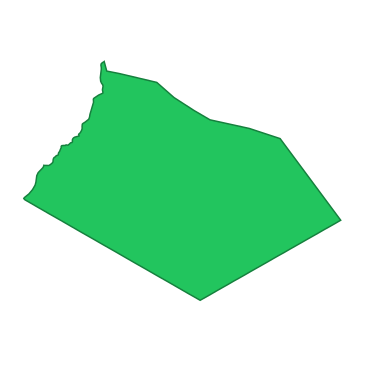 an SVG outline of Ennedi, rotated 120°
{"feature_id": "TCD-5579", "entity_name": "Ennedi", "entity_type": "Préfecture", "adm_level": 1, "iso_a3": "TCD", "parent_name": "Chad", "parent_adm1": "", "projection": "natural_earth1", "projection_center": [22.297, 18.351], "detail": "fine", "context": "isolated", "style": "filled", "palette": "green", "viewbox_px": 384, "rotation_deg": 120, "n_neighbors": 0, "source": "natural_earth", "source_scale": "10m", "svg_char_len": 2578}
<svg xmlns="http://www.w3.org/2000/svg" viewBox="0 0 384 384"><g transform="rotate(120 192 192)"><path d="M142.1,49.1L147.7,52.3L153.3,55.6L158.8,58.9L164.4,62.1L170.0,65.4L175.6,68.7L181.1,71.9L186.7,75.2L192.3,78.5L197.9,81.7L203.4,85.0L209.0,88.3L214.6,91.5L220.2,94.8L225.8,98.1L231.4,101.4L237.0,104.6L242.6,107.9L248.1,111.2L253.7,114.4L259.3,117.7L264.9,121.0L270.5,124.2L276.1,127.5L281.7,130.8L281.8,143.2L281.8,155.6L281.8,168.1L281.9,180.5L281.9,193.0L282.0,205.4L282.0,217.8L282.0,230.3L282.1,242.7L282.1,255.1L282.2,267.5L282.2,280.0L282.2,292.4L282.3,304.8L282.3,317.3L282.3,329.7L282.3,332.8L281.8,334.4L280.6,334.4L275.3,332.3L269.7,331.3L264.5,331.3L261.5,332.1L255.5,334.6L252.1,334.9L245.1,333.2L242.9,333.6L242.9,333.4L240.7,329.4L240.5,329.2L240.3,329.0L240.1,328.9L237.4,327.7L236.3,327.5L236.0,327.4L235.5,327.5L234.9,327.6L234.6,327.8L233.7,328.3L232.7,328.6L232.2,328.7L231.8,328.7L231.4,328.7L230.8,328.5L230.5,328.3L230.2,328.1L228.8,327.8L228.5,327.7L228.3,327.6L227.4,326.8L227.2,326.6L226.9,326.5L226.5,326.5L226.0,326.7L225.1,327.1L224.7,327.1L223.4,327.0L222.4,327.0L220.8,327.3L219.4,327.4L218.9,327.5L218.7,327.6L218.1,328.0L217.8,328.1L217.5,328.1L217.0,327.9L216.8,327.8L216.6,327.6L216.5,327.3L216.4,327.0L216.3,326.8L216.1,326.6L215.9,326.5L215.7,326.3L215.6,326.1L215.4,325.6L215.3,325.3L215.2,325.1L214.6,324.9L214.4,324.8L214.3,324.6L214.1,324.4L214.0,324.2L213.7,323.3L213.6,323.0L213.4,322.8L211.6,322.1L211.0,322.0L210.0,321.6L209.8,321.4L209.6,321.2L209.3,320.9L209.1,320.7L208.8,320.7L208.5,320.6L208.2,320.7L207.8,320.9L207.3,321.3L207.1,321.4L206.4,321.7L206.2,321.8L205.8,321.8L205.4,321.8L204.7,321.7L204.3,321.6L203.7,321.3L203.3,321.1L201.5,319.4L200.2,318.0L200.1,317.9L199.8,318.0L199.5,318.2L199.0,318.8L198.8,319.0L198.5,319.0L197.3,318.6L196.2,318.4L194.7,318.4L192.8,318.6L191.5,319.1L190.5,319.8L188.4,320.8L188.1,320.9L187.8,320.9L187.0,320.6L184.9,319.5L181.1,318.0L180.9,317.9L180.2,317.9L179.7,317.9L178.1,318.3L175.7,319.2L164.1,322.0L163.6,322.1L161.0,323.8L160.6,323.9L160.3,323.9L159.8,323.8L154.7,321.3L151.5,319.0L151.1,318.7L150.8,318.7L150.6,318.8L149.9,319.2L148.8,320.3L148.0,320.8L145.4,321.7L144.5,322.2L144.2,322.6L143.8,322.9L143.7,323.2L142.9,324.9L142.3,325.7L141.7,326.5L138.8,328.6L130.9,332.0L129.3,333.0L128.0,334.1L127.6,334.3L126.7,334.7L126.3,334.7L125.7,334.6L124.7,334.2L123.9,333.8L123.5,333.5L123.2,333.4L122.9,333.3L129.9,326.3L125.8,314.3L114.7,277.3L119.2,254.8L120.4,231.0L120.5,212.5L108.3,174.1L101.7,142.4L142.1,49.1Z" fill="#22c55e" stroke="#15803d" stroke-width="1.5"/></g></svg>